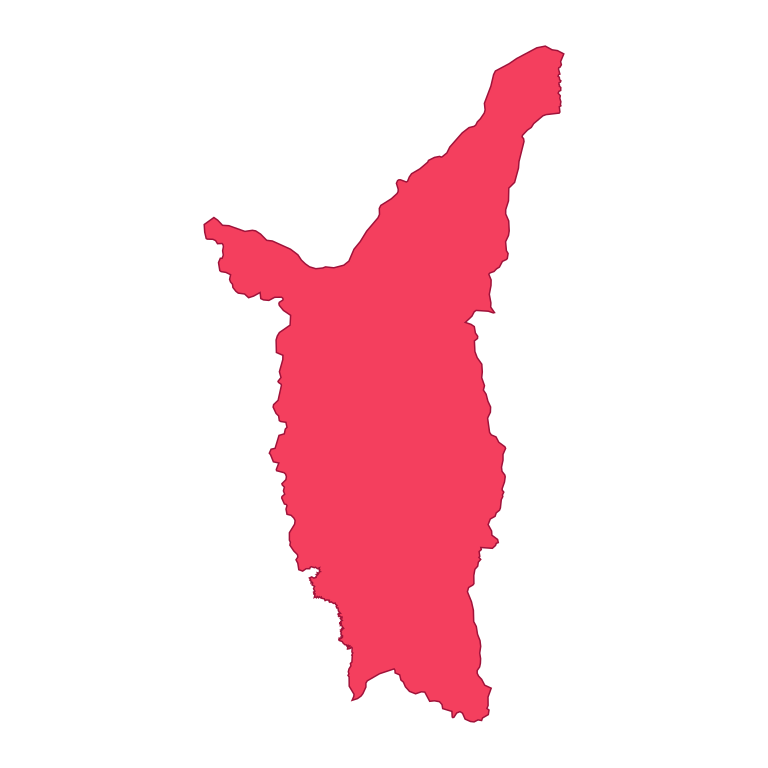 outline of Pak Chom, Loei, Thailand
{"feature_id": "78962969B8993470391858", "entity_name": "Pak Chom", "entity_type": "district", "adm_level": 2, "iso_a3": "THA", "parent_name": "Thailand", "parent_adm1": "Loei", "projection": "orthographic", "projection_center": [101.94, 17.928], "detail": "fine", "context": "isolated", "style": "filled", "palette": "rose", "viewbox_px": 768, "rotation_deg": 0, "n_neighbors": 0, "source": "geoboundaries", "source_scale": "gbopen_adm2", "svg_char_len": 6100}
<svg xmlns="http://www.w3.org/2000/svg" viewBox="0 0 768 768"><path d="M338.4,610.9L340.4,613.3L338.8,613.3L338.0,614.1L339.0,614.8L338.4,616.0L339.0,616.6L340.1,616.2L341.1,617.2L341.9,616.9L342.1,617.8L340.9,617.8L340.3,618.6L342.3,620.4L340.7,621.4L341.1,622.9L339.8,622.8L339.7,623.8L341.0,624.3L340.5,625.5L341.6,625.3L342.7,627.3L342.3,627.9L343.2,627.7L343.7,628.5L340.7,630.0L341.6,630.6L340.6,631.5L341.4,632.7L340.9,634.0L341.8,635.2L341.4,635.9L342.5,635.9L342.5,637.1L341.6,638.1L341.1,637.4L340.3,638.4L339.5,638.2L339.8,639.1L338.8,639.2L339.1,640.4L342.3,641.6L343.2,643.2L344.9,644.7L346.2,644.8L346.7,645.9L348.1,645.2L348.6,646.0L349.9,645.8L349.9,646.7L347.7,646.8L347.5,649.0L350.1,648.5L351.6,647.2L352.2,648.0L351.9,652.0L352.8,652.9L351.8,655.2L352.3,655.5L351.9,662.1L350.4,663.4L350.9,665.9L349.0,668.9L348.3,671.8L348.9,673.8L348.0,675.4L349.1,676.9L349.2,686.2L354.0,694.2L353.8,696.4L352.1,700.3L357.5,698.6L361.1,696.0L362.9,693.6L365.9,687.1L365.9,683.1L367.3,680.8L379.6,673.7L394.1,668.9L395.0,670.3L395.1,672.9L399.7,674.9L400.9,680.0L403.4,682.1L405.4,686.8L409.5,691.4L415.6,693.8L421.3,691.8L424.8,692.1L429.7,701.3L434.4,700.8L439.5,701.7L442.0,704.6L442.7,708.6L451.9,711.4L452.2,717.0L452.8,717.6L453.9,717.3L456.7,713.0L460.0,711.6L462.5,713.2L465.1,719.1L470.5,721.5L474.1,721.9L478.0,719.9L481.6,720.5L482.5,718.0L488.3,714.6L489.0,710.0L486.9,708.5L488.1,705.5L488.0,697.1L491.2,688.2L484.7,685.2L481.7,679.4L478.6,676.1L477.2,673.3L477.2,670.5L479.6,667.0L480.4,663.3L480.6,658.6L479.7,653.1L480.7,646.4L480.0,640.6L477.5,634.2L476.3,626.5L473.7,621.6L473.4,610.3L471.5,601.8L467.4,591.7L468.6,587.5L472.9,585.0L473.9,583.7L473.8,575.5L474.9,569.3L477.7,566.2L478.3,562.2L480.7,559.4L478.9,557.4L479.8,556.4L479.1,551.6L481.3,549.6L480.8,547.5L492.4,548.3L495.5,545.5L496.3,543.3L498.3,542.6L497.6,539.5L491.9,535.2L491.6,531.0L488.1,524.6L490.3,519.0L495.1,516.3L496.2,512.9L499.5,510.2L500.4,508.0L501.3,499.6L502.8,496.6L502.4,495.0L503.8,492.1L502.2,490.1L502.2,488.5L504.5,482.0L505.2,476.8L504.8,475.0L502.0,471.3L501.5,467.2L503.0,460.2L503.0,454.4L505.6,448.4L504.9,446.8L498.8,442.3L496.0,436.9L491.3,434.9L489.6,432.4L487.6,418.1L490.4,412.2L490.6,407.0L487.9,401.2L486.1,394.2L483.4,390.1L484.5,385.7L481.7,377.7L482.3,371.9L481.8,364.2L477.2,357.7L474.9,351.5L474.4,340.9L477.5,338.5L477.7,336.3L475.4,333.0L474.3,326.6L471.1,324.4L465.3,322.4L471.9,316.2L474.2,311.8L476.1,310.4L488.3,311.2L493.3,312.9L494.5,312.6L490.7,307.1L490.9,302.9L489.3,294.3L491.0,285.5L491.1,279.9L488.8,274.2L490.0,272.9L494.0,271.5L496.6,268.8L499.4,267.1L502.4,261.4L506.4,259.5L507.3,258.5L508.1,253.5L506.4,250.7L505.6,241.7L508.5,235.5L509.2,230.9L508.7,220.9L505.7,214.0L505.7,209.7L508.5,200.9L508.8,188.1L514.6,182.4L518.5,168.1L519.0,161.5L524.0,141.5L523.6,138.7L522.1,136.9L522.5,135.3L527.4,130.1L531.3,127.4L533.7,123.6L542.9,115.8L546.1,114.6L559.2,113.1L559.9,112.0L559.3,106.7L560.9,105.8L560.4,104.4L560.9,101.8L559.8,98.3L560.3,95.8L558.1,93.1L559.1,91.2L560.7,90.5L560.8,87.5L559.3,86.1L559.5,85.1L558.9,84.2L559.1,82.6L560.4,82.1L560.9,80.8L559.6,79.7L559.3,77.2L558.0,76.2L558.7,74.5L559.9,74.1L558.5,69.1L558.8,67.7L559.9,67.3L561.4,64.8L560.6,61.6L563.8,53.9L557.5,50.6L552.1,49.8L545.3,46.1L536.8,47.8L516.7,58.5L509.1,63.7L495.4,71.0L493.6,74.6L490.9,86.1L484.4,103.3L485.1,109.9L484.3,113.0L480.3,118.9L477.4,121.8L475.8,125.0L474.2,126.3L469.0,127.6L462.2,132.9L449.8,147.0L446.9,152.9L442.3,156.7L441.2,157.1L439.6,156.4L434.5,157.4L428.5,160.4L427.7,162.2L419.8,168.9L411.6,173.7L409.3,177.0L407.6,181.2L406.4,182.0L400.5,179.8L398.9,179.8L397.6,180.6L396.4,183.3L398.2,189.2L398.1,191.6L397.1,193.5L391.3,198.8L380.8,205.4L379.3,208.4L379.5,214.4L378.0,217.8L366.7,231.1L360.3,241.5L354.0,249.2L348.9,261.1L343.8,265.2L333.8,267.8L325.5,266.9L322.7,268.0L315.8,268.7L309.5,266.8L305.4,263.9L301.4,260.1L297.9,254.8L290.5,249.2L272.4,241.0L266.7,240.3L260.6,234.1L255.7,230.9L252.4,230.3L244.9,231.4L228.9,225.7L222.5,225.3L217.7,220.2L213.9,217.5L204.2,224.5L204.7,232.1L206.2,238.5L207.2,239.1L212.9,239.3L215.6,240.6L217.5,243.7L222.1,243.5L223.0,244.7L223.4,246.7L222.6,250.8L223.3,255.1L222.1,258.3L220.3,258.3L218.5,262.6L219.8,270.6L221.1,271.6L225.9,272.4L230.6,274.7L229.6,279.4L230.5,281.9L232.5,284.3L232.9,287.5L235.9,291.3L238.2,293.1L244.6,294.0L248.6,297.7L253.6,296.1L260.1,292.5L260.8,298.6L263.5,299.9L268.9,300.4L274.7,297.3L281.5,297.2L282.7,298.1L283.1,299.3L282.7,300.2L279.3,302.3L278.9,303.7L279.3,305.4L283.4,310.4L290.6,315.3L290.1,325.1L279.4,332.5L277.3,336.0L276.1,340.0L276.4,352.5L282.9,355.3L282.8,359.6L279.4,371.7L281.0,377.5L278.0,381.3L278.5,382.4L281.2,384.3L281.4,385.5L278.1,400.3L273.6,404.6L273.1,407.1L276.1,413.5L278.6,415.9L279.3,420.6L280.7,421.5L285.9,422.3L287.0,427.3L285.3,429.1L284.3,433.8L279.0,435.4L275.1,448.3L271.1,449.2L269.3,453.2L270.5,454.6L273.4,461.8L278.8,463.0L276.3,469.5L276.6,470.7L284.1,472.7L285.6,474.2L286.4,476.7L285.9,479.7L281.9,483.7L282.2,484.9L284.4,487.1L283.4,490.9L284.7,494.2L282.0,496.5L281.7,498.0L284.4,504.0L286.3,504.5L287.0,505.6L286.0,509.1L287.0,514.3L291.1,515.3L293.9,518.1L295.1,520.6L294.6,524.2L289.4,532.7L289.4,540.2L290.4,542.2L289.9,545.2L293.8,551.0L297.5,554.7L297.8,557.1L296.0,559.8L297.8,563.2L298.8,569.7L302.7,571.1L306.1,568.7L309.7,568.7L310.1,567.4L311.4,566.7L314.4,567.7L315.5,567.2L317.5,568.7L319.4,567.8L318.9,569.1L319.7,569.5L319.4,570.9L320.3,571.6L319.5,571.8L318.7,573.2L317.4,572.8L317.9,573.9L316.8,574.3L317.7,574.6L316.0,576.5L316.1,577.4L313.8,578.1L311.7,576.9L309.4,578.0L310.5,579.2L309.9,580.1L311.1,581.1L311.1,582.9L312.0,582.2L312.7,583.0L312.0,584.8L314.6,586.4L313.5,588.7L314.9,591.2L313.6,592.1L314.2,592.7L313.9,593.4L314.7,593.6L314.1,594.2L315.0,594.8L314.3,597.4L315.2,596.9L316.4,597.8L317.2,596.5L318.5,597.8L319.3,596.7L320.7,597.8L321.3,597.1L321.8,598.3L324.3,598.8L325.1,600.6L326.7,599.9L329.3,600.3L329.1,601.7L329.9,602.3L331.1,601.8L333.5,603.4L335.2,603.1L335.6,604.4L337.0,605.4L336.2,606.4L336.8,608.0L338.0,608.0L338.4,610.9Z" fill="#f43f5e" stroke="#9f1239" stroke-width="1.5"/></svg>